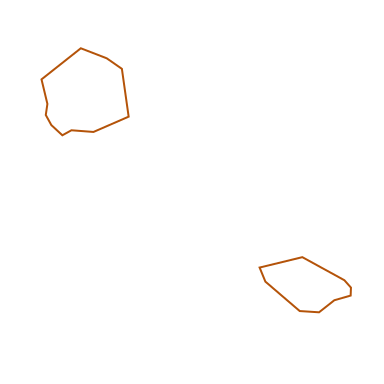 SVG path tracing the border of Antigua and Barbuda, rotated 132°
{"feature_id": "ATG", "entity_name": "Antigua and Barbuda", "entity_type": "country or territory", "adm_level": 0, "iso_a3": "ATG", "parent_name": "North America", "parent_adm1": "", "projection": "natural_earth1", "projection_center": [-61.781, 17.356], "detail": "fine", "context": "isolated", "style": "outline", "palette": "amber", "viewbox_px": 384, "rotation_deg": 132, "n_neighbors": 0, "source": "natural_earth", "source_scale": "50m", "svg_char_len": 419}
<svg xmlns="http://www.w3.org/2000/svg" viewBox="0 0 384 384"><g transform="rotate(132 192 192)"><path d="M223.3,358.4L209.0,379.2L159.6,370.8L149.7,344.8L147.4,326.5L178.4,289.5L213.3,305.4L226.8,322.9L236.6,326.3L236.4,341.3L232.6,352.2L223.3,358.4ZM209.5,77.5L202.9,91.2L166.6,66.4L155.6,19.7L156.7,9.9L162.8,4.8L177.2,13.8L196.4,17.1L208.4,32.3L209.5,77.5Z" fill="none" stroke="#b45309" stroke-width="2"/></g></svg>